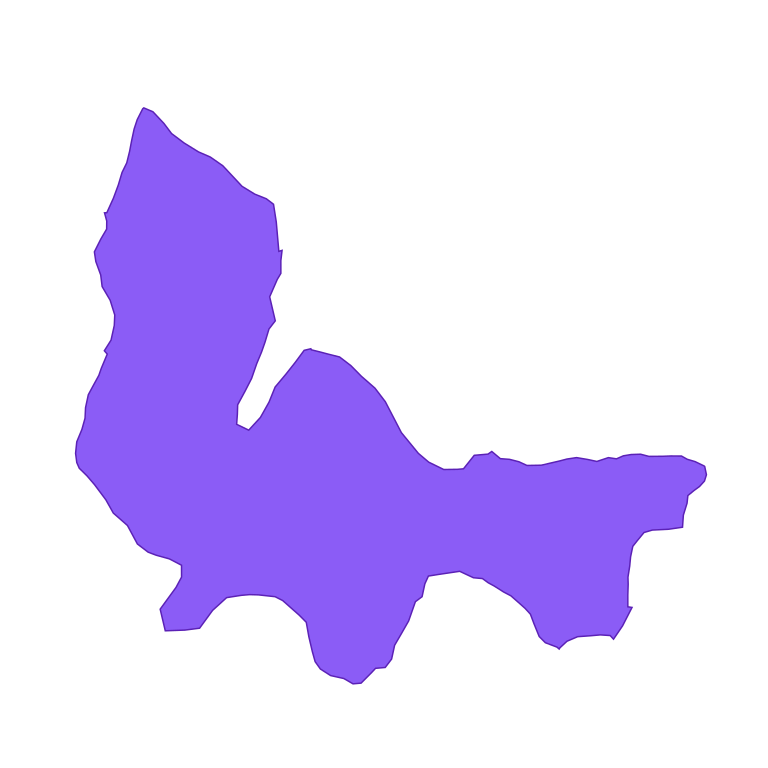 outline of Tovuz District, Tovuz, Azerbaijan, rotated 265°
{"feature_id": "54616110B84187356839814", "entity_name": "Tovuz District", "entity_type": "district", "adm_level": 2, "iso_a3": "AZE", "parent_name": "Azerbaijan", "parent_adm1": "Tovuz", "projection": "natural_earth1", "projection_center": [45.767, 40.907], "detail": "fine", "context": "isolated", "style": "filled", "palette": "violet", "viewbox_px": 768, "rotation_deg": 265, "n_neighbors": 0, "source": "geoboundaries", "source_scale": "gbopen_adm2", "svg_char_len": 2612}
<svg xmlns="http://www.w3.org/2000/svg" viewBox="0 0 768 768"><g transform="rotate(265 384 384)"><path d="M578.9,120.5L570.5,122.0L562.5,121.2L553.2,114.6L540.9,107.0L531.1,107.6L517.3,111.3L505.6,111.7L491.3,118.5L476.2,121.8L465.8,120.4L451.5,115.9L441.5,108.3L437.9,110.9L424.2,103.7L417.5,100.7L407.6,94.1L399.1,88.5L386.4,84.6L376.0,83.2L365.1,79.1L353.2,72.9L341.8,70.7L339.7,70.8L332.5,71.1L326.6,73.1L318.4,80.1L308.9,86.9L292.9,96.8L279.0,103.1L265.4,116.1L246.1,124.4L237.0,134.4L233.3,142.1L228.5,154.9L221.1,166.5L209.3,165.5L199.5,159.1L179.2,141.4L157.2,144.6L156.2,164.2L156.8,179.0L173.4,193.5L184.9,208.6L185.9,223.4L185.9,231.7L184.9,240.4L181.6,257.0L177.1,264.2L161.2,279.3L153.4,285.8L138.8,287.1L123.6,289.3L113.4,291.2L105.6,295.8L98.2,305.4L94.1,318.3L88.0,327.0L88.0,333.5L88.0,335.1L97.8,346.7L101.5,350.8L101.5,360.5L109.3,367.6L122.8,371.8L133.7,379.5L145.8,387.9L164.4,396.3L168.8,403.4L181.4,407.3L188.8,411.5L189.5,421.2L190.8,443.1L183.2,456.2L181.6,465.1L176.9,470.5L173.2,476.1L166.4,485.0L161.9,492.0L155.6,498.0L148.2,505.0L141.9,509.8L132.2,512.5L118.9,516.6L112.2,522.2L106.8,533.4L104.7,535.4L105.9,536.3L111.8,543.9L115.4,554.9L115.2,567.7L115.2,577.7L113.7,587.4L109.8,590.4L122.3,600.6L139.8,611.6L140.8,607.5L152.5,608.5L163.3,609.8L170.3,610.2L181.1,612.9L190.4,614.6L200.6,617.7L206.0,622.8L213.4,630.1L215.1,638.6L214.5,654.8L215.3,668.9L227.3,670.8L238.8,675.5L246.4,677.0L250.9,683.6L254.4,689.4L259.4,694.8L265.5,697.3L273.9,696.3L274.5,695.7L279.6,687.1L282.6,679.5L286.3,674.1L287.3,663.5L287.7,655.4L288.8,641.6L291.7,633.5L292.2,624.1L291.6,616.2L289.2,609.1L291.1,601.1L288.3,589.3L291.1,580.2L293.9,569.4L293.3,559.7L292.0,552.0L289.4,533.6L290.4,519.3L294.8,511.6L298.0,502.5L299.5,493.4L307.4,485.5L305.1,481.5L305.1,467.7L292.6,455.8L292.6,449.8L293.6,436.1L302.2,421.8L311.9,412.2L334.0,397.1L366.2,383.8L380.7,374.6L393.6,362.2L405.2,352.6L414.8,342.1L418.6,331.1L421.7,322.5L424.4,314.6L425.5,314.2L424.5,307.4L413.1,297.3L402.4,287.2L390.5,275.3L376.0,267.9L361.5,258.0L349.8,245.2L356.7,233.7L366.7,235.3L376.0,236.4L389.0,245.0L401.1,252.6L415.4,259.0L426.5,264.8L436.0,269.1L448.8,274.2L456.4,281.2L480.8,277.7L497.5,286.8L503.2,290.9L515.9,292.0L526.0,294.1L525.3,290.8L541.0,290.8L554.8,290.8L572.7,289.6L578.8,282.9L584.4,271.8L593.3,259.8L615.4,242.5L625.2,230.8L631.4,219.4L641.5,205.9L652.0,194.2L662.7,187.5L675.3,177.6L680.0,168.8L679.2,167.6L668.9,161.2L659.8,157.3L648.1,153.7L638.1,150.9L626.7,147.0L617.6,141.5L605.5,136.7L592.6,130.6L578.8,122.8L578.8,122.6L578.9,120.5Z" fill="#8b5cf6" stroke="#5b21b6" stroke-width="1.5"/></g></svg>